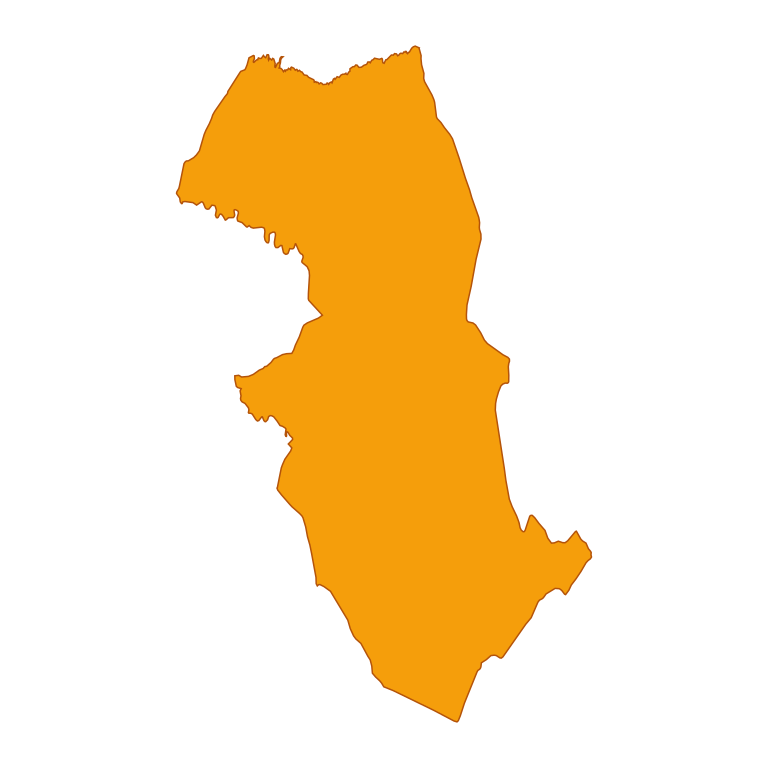 Bokungu, Équateur, Democratic Republic of the Congo (Equal Earth projection)
{"feature_id": "63176286B49430673132917", "entity_name": "Bokungu", "entity_type": "district", "adm_level": 2, "iso_a3": "COD", "parent_name": "Democratic Republic of the Congo", "parent_adm1": "Équateur", "projection": "equal_earth", "projection_center": [22.112, -0.898], "detail": "fine", "context": "isolated", "style": "filled", "palette": "amber", "viewbox_px": 768, "rotation_deg": 0, "n_neighbors": 0, "source": "geoboundaries", "source_scale": "gbopen_adm2", "svg_char_len": 5976}
<svg xmlns="http://www.w3.org/2000/svg" viewBox="0 0 768 768"><path d="M249.0,57.8L247.1,64.8L245.6,68.5L244.8,69.8L240.7,71.4L239.8,72.7L227.9,91.4L227.5,93.5L224.8,96.8L214.7,111.4L212.7,115.0L211.6,118.4L209.3,123.8L205.9,130.3L204.2,134.4L199.4,150.9L196.4,155.0L193.6,157.7L188.4,160.8L186.3,161.0L185.0,162.1L184.0,163.7L179.4,186.3L178.8,188.5L176.9,191.7L176.5,193.2L176.9,194.1L179.7,198.0L180.3,201.9L181.5,203.6L182.2,203.5L182.8,201.9L184.9,201.5L193.0,202.6L196.6,205.1L201.5,201.8L202.5,202.1L203.3,203.1L205.2,207.7L206.2,208.8L207.5,209.2L208.9,209.0L211.9,205.2L214.6,205.6L215.2,206.2L216.4,210.1L215.4,215.2L216.4,217.6L217.5,217.8L218.1,217.4L219.7,214.4L220.5,214.0L221.6,214.4L223.2,216.4L225.3,220.1L226.1,219.8L228.5,217.7L233.3,217.6L234.2,216.6L234.7,215.1L234.0,210.9L234.3,209.8L235.1,209.6L237.0,210.4L238.2,211.4L238.4,213.1L237.1,218.0L237.4,220.1L237.9,221.1L242.1,222.6L246.5,226.9L247.3,227.0L249.1,225.6L251.1,227.4L253.3,228.1L261.5,227.2L263.8,227.8L264.5,228.8L264.9,231.5L264.4,236.7L265.0,240.0L266.0,241.7L267.2,242.8L268.3,242.8L268.6,242.3L269.1,240.3L269.2,234.9L270.1,233.4L272.9,232.1L274.6,232.2L275.2,233.1L275.5,234.9L274.4,242.1L274.5,244.4L275.1,246.5L276.0,247.6L277.9,247.6L280.8,245.4L281.9,245.6L283.4,252.3L284.3,253.5L285.9,254.3L287.5,253.8L288.1,253.2L289.8,248.6L292.2,248.9L293.4,248.5L294.1,247.5L295.4,243.8L295.8,243.9L299.0,251.3L300.5,253.5L302.3,254.5L303.0,255.8L303.1,257.4L301.8,261.2L302.1,262.5L307.2,266.7L309.1,270.9L309.5,275.5L308.4,293.4L308.3,298.9L308.8,300.4L322.4,315.2L318.4,318.1L307.3,322.9L303.9,325.2L302.8,327.2L299.3,336.9L295.4,345.1L293.7,350.0L291.8,353.4L286.6,353.7L282.5,354.6L276.8,357.6L274.5,358.4L273.5,359.2L271.0,362.5L266.6,366.3L264.8,366.6L263.1,368.5L259.3,370.1L253.3,374.4L248.5,376.4L241.6,377.0L238.7,375.3L234.8,375.8L234.9,379.7L236.3,386.3L237.6,387.5L241.2,388.6L240.1,390.9L241.0,395.8L240.5,398.7L240.9,400.4L242.1,401.9L245.0,403.4L248.4,407.8L248.9,409.8L248.4,412.6L248.7,413.1L250.8,413.3L252.3,414.1L255.8,419.6L257.4,421.0L258.8,420.6L261.7,416.9L262.4,416.9L263.9,420.6L264.9,421.6L265.7,421.7L267.6,419.8L268.6,416.6L270.1,415.6L271.8,415.8L273.7,416.8L277.1,421.1L280.0,425.5L282.5,426.3L285.2,428.0L286.0,429.1L285.2,434.8L285.8,436.3L286.4,436.4L286.6,435.7L286.4,433.3L287.1,431.8L287.9,432.2L289.8,435.4L292.5,438.0L292.6,439.5L288.3,444.0L291.8,447.9L290.7,450.9L284.9,459.2L282.6,464.4L281.3,467.9L277.3,487.9L277.0,488.1L277.2,488.7L277.8,490.2L281.5,494.9L289.6,504.2L292.0,506.8L299.7,513.6L301.9,515.9L303.0,517.8L305.7,526.9L307.5,536.7L309.9,545.1L311.7,554.0L316.0,577.4L316.2,583.7L317.3,585.9L318.6,584.7L320.0,584.6L324.0,586.6L330.5,591.3L347.8,620.1L350.3,628.7L353.6,635.9L355.9,639.0L360.9,643.4L367.9,656.3L370.2,659.9L371.8,666.1L372.4,673.2L375.6,677.0L379.7,680.8L381.6,683.1L383.8,686.8L393.0,690.5L433.9,710.4L454.0,721.0L457.0,721.9L458.3,720.7L460.3,715.8L464.4,703.2L477.0,672.0L477.9,670.4L479.6,669.3L480.4,668.2L480.9,666.9L481.4,662.8L486.4,659.6L490.9,655.6L494.1,655.2L496.2,655.5L499.9,657.9L501.3,658.1L502.9,656.9L525.7,624.3L531.2,617.7L537.9,602.2L539.5,600.1L542.1,598.8L543.4,597.7L546.1,593.9L555.1,588.4L559.4,588.7L561.7,590.4L564.6,594.2L565.6,594.6L568.9,590.2L571.3,585.0L576.1,578.7L581.0,571.4L586.0,562.8L588.0,560.6L590.4,558.8L591.5,557.0L591.0,554.8L591.2,552.6L590.7,551.5L588.4,548.7L586.0,543.1L582.5,540.9L580.8,539.1L576.4,531.2L575.5,531.5L567.7,540.8L565.1,542.7L562.8,542.7L558.3,541.2L554.3,542.9L551.4,543.1L547.8,538.2L545.0,530.4L539.0,523.5L534.7,517.7L532.3,515.4L531.2,515.3L530.3,515.6L529.7,516.4L525.1,530.4L524.2,531.6L523.1,531.7L521.3,530.2L520.1,527.8L519.1,522.9L518.4,520.8L516.6,516.0L512.1,506.6L509.3,499.1L505.9,480.5L504.3,468.4L495.3,410.1L495.6,403.4L496.4,399.0L498.5,391.8L500.9,385.9L502.8,384.1L505.2,383.1L507.4,383.2L508.3,382.6L508.7,381.7L508.8,375.2L508.3,366.7L508.8,363.3L509.5,361.2L509.4,359.1L507.9,357.4L503.0,354.8L487.4,343.6L484.4,340.1L480.7,332.8L475.6,325.0L473.0,323.0L468.2,321.9L466.9,320.4L466.5,318.8L466.4,314.7L467.0,305.0L471.2,286.3L476.1,259.2L481.0,239.1L480.9,234.1L479.5,229.4L479.3,227.3L479.6,222.7L479.2,219.8L478.7,217.3L471.8,197.8L469.5,189.7L465.4,178.2L459.2,158.3L452.5,138.8L449.8,134.4L444.4,127.6L441.0,122.6L437.3,118.7L436.5,117.1L434.6,102.2L433.8,99.4L431.9,94.9L424.6,81.7L423.7,78.5L423.9,73.4L421.6,64.8L421.0,58.8L421.1,55.6L419.1,48.3L419.3,47.9L415.2,46.1L413.3,46.8L411.7,48.2L409.3,52.2L408.4,52.4L407.6,53.7L407.0,53.3L406.3,51.5L405.3,51.4L405.0,52.2L403.8,52.0L402.7,53.6L400.9,53.2L400.0,53.6L398.7,55.2L397.7,55.8L396.5,53.9L394.5,53.6L393.4,55.1L391.4,55.0L386.9,59.6L385.8,59.8L384.1,63.3L382.8,62.7L382.3,58.9L381.8,58.4L379.4,59.3L374.5,58.2L373.1,59.7L371.7,60.3L370.2,62.8L369.3,61.9L367.7,62.1L367.2,63.6L366.3,64.5L363.9,65.3L361.4,67.2L358.9,67.4L357.0,65.1L355.7,65.0L354.4,66.6L352.9,66.7L350.0,68.7L349.9,71.3L348.7,72.1L347.4,74.5L346.3,74.3L345.9,73.2L344.4,74.2L342.7,74.2L340.8,75.2L339.3,77.4L337.1,76.7L335.1,79.3L334.5,78.4L333.4,79.1L332.0,82.9L331.3,82.0L329.8,82.7L328.7,84.4L328.0,83.3L327.1,83.0L326.5,84.2L323.0,84.6L321.9,83.4L320.7,82.8L319.1,83.9L318.1,82.5L317.3,82.2L316.4,82.5L315.9,81.6L314.3,82.2L314.1,80.4L313.6,79.7L308.6,77.3L306.9,75.4L304.2,75.0L302.0,72.0L300.8,71.7L299.4,70.3L297.9,71.2L297.0,69.5L296.5,69.4L295.3,70.2L293.8,68.2L291.5,67.1L290.9,67.5L290.6,69.7L288.5,68.3L287.6,69.9L286.0,69.9L285.5,71.2L284.6,70.2L283.5,71.7L282.2,69.6L280.9,68.4L279.1,68.0L279.8,66.8L279.7,65.4L280.4,63.0L280.7,59.9L281.4,58.3L283.0,56.8L281.4,56.7L280.6,57.4L280.0,58.5L279.2,62.5L277.4,63.3L275.5,67.4L275.0,67.2L274.8,66.1L275.2,63.6L273.8,59.1L272.7,58.4L271.7,60.0L269.6,58.2L268.6,60.1L268.3,58.9L268.9,56.2L268.4,54.8L267.1,54.7L265.7,57.7L264.5,56.9L263.4,55.4L261.4,58.3L259.9,58.5L258.6,57.9L258.1,58.3L257.8,59.7L256.5,59.9L253.9,62.4L253.5,62.3L253.3,61.2L254.4,58.7L254.2,55.9L253.4,55.5L249.0,57.8Z" fill="#f59e0b" stroke="#b45309" stroke-width="1.5"/></svg>